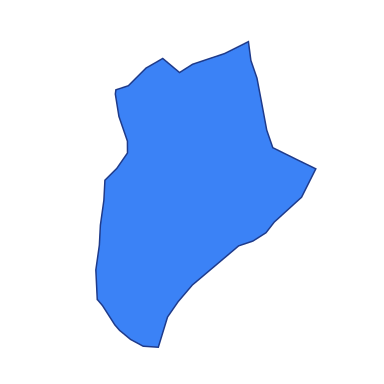 Kangso, P'yŏngan-namdo, North Korea, rotated 71°
{"feature_id": "82179303B75449776739739", "entity_name": "Kangso", "entity_type": "district", "adm_level": 2, "iso_a3": "PRK", "parent_name": "North Korea", "parent_adm1": "P'yŏngan-namdo", "projection": "robinson", "projection_center": [125.47, 38.953], "detail": "fine", "context": "isolated", "style": "filled", "palette": "blue", "viewbox_px": 384, "rotation_deg": 71, "n_neighbors": 0, "source": "geoboundaries", "source_scale": "gbopen_adm2", "svg_char_len": 714}
<svg xmlns="http://www.w3.org/2000/svg" viewBox="0 0 384 384"><g transform="rotate(71 192 192)"><path d="M247.2,124.0L232.6,90.1L210.4,67.4L201.2,76.6L195.3,82.5L176.4,101.2L157.8,101.2L131.6,97.3L105.5,93.5L86.8,93.5L68.2,89.7L71.7,116.0L71.4,149.9L75.0,164.9L56.2,176.2L58.3,187.0L59.8,195.0L70.8,217.6L70.6,230.7L74.4,232.6L96.8,236.5L111.7,236.5L122.9,236.5L134.1,240.3L145.2,255.4L152.5,270.5L171.1,278.0L193.5,289.4L212.1,296.9L234.4,308.3L262.9,316.6L263.3,316.3L270.3,313.6L292.6,308.2L299.3,305.5L311.4,298.1L321.9,288.4L327.8,274.4L302.2,255.8L291.1,240.7L280.0,221.9L272.7,203.0L265.4,184.2L258.1,165.4L258.2,150.3L254.6,135.3L247.2,124.0Z" fill="#3b82f6" stroke="#1e3a8a" stroke-width="1.5"/></g></svg>